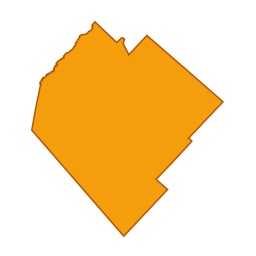 Saavedra, Buenos Aires, Argentina, rotated 177°
{"feature_id": "61730980B51540343691170", "entity_name": "Saavedra", "entity_type": "district", "adm_level": 2, "iso_a3": "ARG", "parent_name": "Argentina", "parent_adm1": "Buenos Aires", "projection": "robinson", "projection_center": [-62.205, -37.742], "detail": "fine", "context": "isolated", "style": "filled", "palette": "amber", "viewbox_px": 256, "rotation_deg": 177, "n_neighbors": 0, "source": "geoboundaries", "source_scale": "gbopen_adm2", "svg_char_len": 5008}
<svg xmlns="http://www.w3.org/2000/svg" viewBox="0 0 256 256"><g transform="rotate(177 128 128)"><path d="M137.9,20.2L91.7,64.5L102.7,75.2L84.3,92.5L64.9,111.5L68.1,114.6L31.8,149.2L68.0,184.4L104.3,219.4L123.4,201.0L123.8,202.4L124.9,204.7L128.4,212.4L126.9,217.3L129.5,218.5L134.8,214.0L155.6,235.8L155.8,235.7L155.9,235.3L156.0,235.0L156.2,234.8L156.4,234.6L156.6,234.3L156.9,234.2L157.1,234.0L157.4,233.8L157.5,233.6L157.7,233.3L157.9,233.1L158.0,233.0L158.2,232.9L158.3,232.8L158.4,232.5L158.2,232.3L158.0,232.0L157.8,231.7L157.7,231.4L157.8,231.2L158.0,230.9L158.4,230.9L158.6,230.8L158.7,230.6L158.7,230.4L158.7,230.1L158.6,229.8L158.5,229.7L158.4,229.4L158.4,229.2L158.8,228.7L159.1,228.2L159.4,228.1L159.6,227.8L160.1,227.4L160.4,227.2L161.0,227.1L161.2,226.9L161.6,226.4L161.8,226.3L162.1,226.1L162.5,226.1L162.8,225.9L163.0,225.6L163.2,225.3L163.3,225.0L163.5,224.8L163.7,224.5L164.0,224.3L164.3,224.2L164.5,224.1L164.5,224.3L164.9,224.2L165.2,224.0L165.5,223.9L166.1,223.8L166.5,223.7L166.9,223.7L167.3,223.5L167.5,223.4L167.8,223.6L168.0,223.7L168.3,223.6L168.6,223.5L168.8,223.5L169.1,223.4L169.3,223.4L169.7,223.4L170.3,223.2L170.5,223.1L170.9,222.8L171.1,222.7L171.2,222.4L171.3,222.2L171.5,222.2L171.8,221.8L171.7,221.5L171.7,221.2L171.8,221.1L171.9,220.7L171.9,220.3L172.0,220.0L172.2,219.9L172.5,219.7L172.8,219.7L173.0,219.5L173.2,219.3L173.5,218.7L173.8,218.3L173.9,218.0L174.2,217.6L174.7,217.1L174.9,216.8L174.9,216.6L174.7,216.3L174.8,216.1L175.0,216.0L175.4,215.9L175.6,215.7L175.7,215.4L175.9,215.1L176.1,214.9L176.0,214.6L175.9,214.3L176.0,213.7L176.0,213.4L176.2,213.1L176.3,213.1L176.5,213.2L176.7,212.7L176.8,212.4L177.0,212.4L177.6,212.1L177.8,211.9L177.8,211.7L178.0,211.6L178.3,211.2L178.4,210.8L178.5,210.3L178.5,210.1L178.7,209.9L178.9,209.8L179.1,209.7L179.3,209.6L179.4,209.4L179.6,209.2L180.0,209.0L180.2,208.9L180.5,208.7L181.0,208.5L181.2,208.4L181.5,208.3L181.7,208.2L182.0,207.8L182.0,207.7L182.0,207.4L182.1,207.2L182.5,207.1L182.9,206.9L183.0,206.7L183.3,206.6L183.6,206.4L183.9,206.3L184.0,206.2L184.1,206.3L184.6,206.4L184.8,206.3L184.9,206.2L185.4,206.1L185.7,205.9L185.9,205.8L186.1,205.7L186.4,205.6L186.6,205.6L186.6,205.4L186.8,205.1L186.8,204.9L187.0,204.6L187.1,204.4L187.2,204.2L187.3,204.0L187.3,203.8L187.3,203.7L187.6,203.5L187.9,203.4L188.1,203.4L188.4,203.4L188.5,203.4L188.6,203.2L188.6,202.7L188.3,202.4L188.3,202.2L188.5,202.2L188.5,201.7L188.8,201.7L189.0,201.7L189.4,201.4L189.5,201.2L189.4,201.1L189.4,200.9L189.6,200.8L189.9,200.8L189.9,200.6L190.0,200.6L190.5,200.6L190.8,200.3L191.2,200.4L191.4,200.4L191.7,200.3L191.8,200.0L191.6,199.7L191.9,199.4L192.3,199.2L192.6,199.1L192.9,199.2L193.1,199.2L193.2,198.9L193.4,198.9L193.6,199.0L193.9,198.6L194.0,198.4L194.2,198.2L194.4,198.2L194.6,198.1L194.8,197.8L195.1,197.7L195.3,197.0L195.6,197.1L195.9,197.0L195.9,196.7L195.9,196.2L195.8,195.9L195.7,195.7L195.8,195.6L196.0,195.6L196.4,195.6L196.4,195.2L196.2,195.1L195.9,195.0L195.7,195.0L195.6,194.9L195.7,194.7L195.7,194.4L195.5,194.1L195.8,193.9L196.0,194.0L196.1,193.9L196.4,193.8L196.5,193.9L196.6,194.1L196.6,194.3L196.8,194.3L196.9,194.2L197.1,194.0L197.3,193.9L197.5,193.8L197.6,193.7L197.7,193.4L197.7,193.0L197.7,192.9L197.9,192.8L197.9,192.7L197.9,192.4L198.0,192.3L198.4,192.2L198.6,192.0L198.8,191.8L198.9,191.6L198.9,191.3L199.0,190.9L199.2,190.6L199.0,190.2L199.0,189.9L198.8,189.9L198.6,189.9L198.5,189.7L198.5,189.4L198.9,189.3L199.2,189.2L199.4,189.1L199.6,189.1L199.7,188.9L199.6,188.7L199.6,188.4L199.9,188.2L200.1,188.2L200.4,188.3L200.6,188.2L200.9,188.3L201.4,188.4L201.6,188.3L201.8,188.1L201.9,187.8L202.0,187.5L202.2,187.2L202.3,187.0L202.5,187.0L203.0,187.0L203.5,186.9L204.3,186.8L204.4,186.7L204.5,186.5L204.6,186.4L204.9,186.3L205.0,186.1L204.9,186.0L204.6,185.9L204.6,185.7L204.9,185.5L205.1,185.4L205.4,185.5L205.4,185.8L205.4,186.0L205.5,186.0L205.8,186.0L205.8,185.8L205.7,185.7L205.5,185.2L205.9,185.1L206.3,185.3L206.5,185.4L206.8,185.4L206.9,185.2L206.8,184.9L206.3,184.7L206.2,184.6L206.5,184.1L206.8,184.0L207.0,184.0L207.3,183.9L207.5,183.6L207.6,183.4L207.8,183.3L208.0,183.0L208.3,182.8L208.5,182.7L208.7,182.8L208.9,182.9L209.1,183.0L209.3,183.1L209.5,183.0L209.7,182.9L209.8,182.7L209.8,182.3L209.8,182.0L210.0,181.8L210.1,181.7L210.3,181.8L210.3,182.1L210.7,182.3L210.8,182.1L210.9,181.9L210.6,181.7L210.4,181.5L210.4,181.4L210.5,181.3L210.7,180.8L210.8,180.7L210.9,180.4L211.1,180.4L211.4,180.7L211.7,180.8L211.8,180.7L212.0,180.4L211.9,180.2L211.7,179.9L211.7,179.7L211.9,179.5L212.1,179.5L212.3,179.4L212.5,179.3L212.6,179.1L212.6,178.9L212.7,178.7L213.0,178.3L213.1,178.2L213.5,178.0L213.6,177.8L213.5,177.7L213.2,177.7L212.9,177.5L212.9,177.3L212.9,177.1L213.0,177.0L213.4,177.0L213.5,176.9L213.4,176.7L213.1,176.6L212.9,176.6L212.7,176.5L212.7,176.3L212.7,176.2L213.1,176.1L213.3,175.9L213.2,175.8L212.9,175.8L212.6,175.8L212.5,175.7L212.7,175.4L212.8,175.3L213.1,175.2L213.3,175.0L213.3,174.9L219.0,153.0L224.2,130.9L137.9,20.2Z" fill="#f59e0b" stroke="#b45309" stroke-width="1.5"/></g></svg>